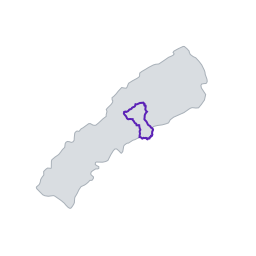 Dhawalagiri on a map of Nepal (Mercator projection), rotated 117°
{"feature_id": "NPL-1125", "entity_name": "Dhawalagiri", "entity_type": "Administrative Zone", "adm_level": 1, "iso_a3": "NPL", "parent_name": "Nepal", "parent_adm1": "", "projection": "mercator", "projection_center": [83.63, 28.648], "detail": "fine", "context": "in_parent", "style": "outline", "palette": "violet", "viewbox_px": 256, "rotation_deg": 117, "n_neighbors": 0, "source": "natural_earth", "source_scale": "10m", "svg_char_len": 4835}
<svg xmlns="http://www.w3.org/2000/svg" viewBox="0 0 256 256"><g transform="rotate(117 128 128)"><path d="M224.9,142.3L225.9,143.1L226.0,144.3L225.8,145.7L224.8,148.6L223.9,150.6L222.9,155.0L221.9,162.5L222.1,163.8L225.0,168.0L226.1,171.3L226.2,173.6L225.0,177.3L223.6,181.5L222.9,182.5L222.1,182.8L218.6,181.4L216.2,181.6L213.4,182.4L210.5,182.2L208.1,181.7L205.0,183.4L202.1,182.5L200.2,181.5L199.0,178.5L198.5,178.2L192.3,181.2L190.8,181.4L187.0,179.8L183.9,178.1L182.7,177.6L179.7,177.0L177.0,176.6L174.0,175.6L170.3,176.9L168.9,176.8L167.5,175.9L166.8,173.9L166.6,172.0L165.3,170.7L163.4,170.4L160.7,171.6L156.7,173.1L155.4,172.9L154.3,172.4L153.8,172.0L153.3,170.3L152.7,169.9L151.7,169.8L150.1,169.4L148.1,168.1L142.0,165.0L141.2,163.6L141.3,160.6L140.9,159.3L140.2,158.0L137.1,156.6L131.0,154.4L127.6,152.7L126.0,153.5L122.9,154.2L121.3,155.8L119.3,155.3L114.6,153.7L112.0,153.4L110.5,154.0L110.2,154.9L108.2,156.0L106.4,155.1L102.8,154.0L99.6,153.4L94.8,152.0L94.2,149.8L93.4,147.7L92.2,147.4L87.9,147.8L84.0,145.5L79.7,142.5L77.9,141.5L76.7,141.2L75.7,141.6L74.5,142.2L73.4,142.4L71.1,141.2L68.2,139.3L64.6,137.1L60.3,134.0L58.6,132.2L57.8,130.9L56.9,129.6L53.2,127.5L50.3,125.9L46.7,124.0L46.2,123.6L44.8,122.4L42.8,120.9L41.1,120.5L40.6,121.3L40.2,122.2L38.7,122.0L36.4,120.5L34.1,118.9L32.2,117.4L30.3,115.9L29.8,114.8L30.6,111.4L31.7,108.5L32.7,107.8L34.2,105.9L34.8,102.4L34.7,99.5L36.2,95.4L38.3,91.0L41.9,86.2L43.4,84.7L45.1,83.6L48.4,80.1L49.1,79.5L50.5,78.6L52.0,78.4L53.0,78.8L54.1,80.7L55.5,82.4L57.1,82.3L59.0,80.8L62.9,74.0L68.3,72.6L73.5,73.3L78.0,74.3L79.4,76.6L80.3,79.0L80.8,80.2L82.3,81.6L88.8,85.1L92.5,88.1L97.7,92.3L101.5,94.1L105.0,94.2L106.9,95.9L109.8,99.1L112.3,102.8L115.3,106.2L117.5,106.0L120.3,104.9L123.9,103.5L126.0,104.2L127.9,105.2L128.5,106.9L129.7,110.2L131.0,113.7L133.0,114.9L135.4,116.7L136.7,118.1L141.2,120.7L141.8,121.7L142.7,122.4L143.8,122.9L144.7,123.4L146.1,123.6L151.3,122.0L152.7,122.2L153.5,122.5L153.5,123.1L152.6,125.5L151.8,128.6L152.6,130.1L154.8,130.8L159.6,131.2L166.1,131.2L168.0,132.7L170.0,135.1L171.9,139.1L172.7,140.8L173.7,141.3L175.4,140.6L175.7,138.9L175.7,136.5L177.2,135.7L178.1,136.3L179.1,138.2L181.8,139.9L183.7,140.8L185.6,140.5L186.4,139.8L187.3,136.5L188.7,136.0L190.6,136.2L191.3,136.9L192.0,138.2L194.2,138.8L196.5,139.7L198.5,140.8L201.5,143.2L205.1,143.7L209.3,143.6L211.5,143.7L213.1,143.9L214.6,143.7L218.9,141.9L220.7,141.8L222.8,142.0L224.9,142.3Z" fill="#d9dde1" stroke="#a8b0b8" stroke-width="1"/><path d="M124.1,103.2L124.4,103.2L124.6,103.4L124.8,103.6L124.8,103.9L125.1,103.8L125.4,103.7L125.7,103.8L125.9,104.0L126.3,104.4L126.7,104.3L127.2,104.1L127.6,104.1L127.8,104.4L128.0,105.2L128.1,105.5L128.5,105.5L128.9,105.5L129.2,105.5L129.3,105.9L129.2,106.4L128.9,106.8L128.6,107.3L128.8,107.8L129.3,108.3L129.4,108.5L129.5,108.8L129.7,109.7L130.2,110.0L130.8,110.2L131.0,110.5L130.4,112.9L130.9,113.6L130.7,113.7L129.9,113.9L129.3,114.3L128.9,114.4L127.9,114.6L127.6,114.7L127.3,114.9L127.1,115.1L126.5,115.6L125.9,116.0L125.5,116.2L125.1,116.2L124.6,116.1L124.1,116.2L123.8,116.3L123.6,116.5L123.3,117.0L123.1,117.3L121.5,118.6L120.9,119.0L120.6,119.2L120.4,119.3L120.4,119.5L120.5,119.7L121.5,121.0L121.7,121.6L120.6,122.5L120.4,123.2L120.5,123.8L120.4,124.2L120.2,124.6L119.9,125.0L119.4,125.7L119.2,126.1L118.8,127.2L118.6,127.5L118.4,127.7L118.0,127.9L118.5,128.9L118.8,129.8L119.0,130.1L119.2,130.4L119.4,130.9L119.6,131.2L120.0,131.6L120.1,131.8L120.1,132.5L119.8,133.4L119.5,133.6L119.2,134.0L118.9,134.5L118.4,135.1L118.3,135.3L118.1,136.0L117.5,137.5L117.2,138.0L116.9,138.3L115.5,138.7L115.1,138.0L114.9,137.9L114.6,137.9L114.5,137.6L114.4,137.3L114.5,137.1L114.5,136.9L114.3,136.7L113.2,135.8L112.9,135.6L112.6,135.5L112.1,135.4L111.5,135.3L111.1,135.2L110.7,135.0L110.5,134.7L110.3,134.4L110.1,134.2L109.8,134.0L109.3,133.7L109.0,133.6L108.3,133.6L108.0,133.5L107.5,133.2L106.2,132.0L105.7,131.8L105.3,131.7L103.4,132.1L103.2,131.3L102.9,130.9L102.4,130.4L100.1,128.6L99.9,127.9L99.7,127.6L99.4,127.3L99.2,127.1L98.9,126.4L98.7,126.2L98.5,125.9L99.1,125.1L98.8,124.8L98.8,124.6L98.9,124.3L99.4,123.9L99.7,123.7L100.0,123.7L100.3,123.7L100.5,123.6L100.6,123.4L100.6,123.1L100.5,122.9L100.3,122.6L100.2,122.4L100.5,122.2L101.0,121.9L102.3,121.5L103.6,121.0L104.4,119.9L104.7,119.3L104.8,118.5L105.5,118.6L106.1,118.8L106.5,118.9L107.1,118.9L107.9,119.0L108.3,119.0L109.5,118.7L110.0,118.5L110.5,118.2L112.7,117.4L113.0,117.0L113.8,114.7L114.3,113.9L115.6,112.2L115.8,112.0L116.0,111.7L116.1,111.3L116.3,109.2L116.4,108.8L116.6,108.5L116.9,108.3L117.1,108.0L117.2,107.8L117.1,106.8L117.3,106.4L117.4,105.9L117.6,105.5L118.0,105.0L118.6,104.8L119.3,104.7L119.9,104.8L120.4,104.7L121.5,104.2L122.1,104.0L122.2,103.9L122.5,103.6L122.6,103.4L123.3,103.2L123.8,103.2L124.1,103.2Z" fill="none" stroke="#5b21b6" stroke-width="2"/></g></svg>